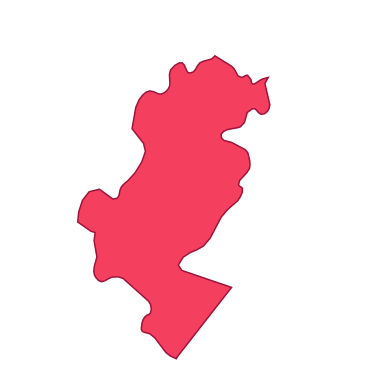 SVG path tracing the border of Pisa, rotated 223°
{"feature_id": "ITA-5381", "entity_name": "Pisa", "entity_type": "Province", "adm_level": 1, "iso_a3": "ITA", "parent_name": "Italy", "parent_adm1": "", "projection": "orthographic", "projection_center": [10.703, 43.467], "detail": "fine", "context": "isolated", "style": "filled", "palette": "rose", "viewbox_px": 384, "rotation_deg": 223, "n_neighbors": 0, "source": "natural_earth", "source_scale": "10m", "svg_char_len": 1800}
<svg xmlns="http://www.w3.org/2000/svg" viewBox="0 0 384 384"><g transform="rotate(223 192 192)"><path d="M98.0,149.2L90.4,61.9L89.8,59.3L96.1,57.3L101.5,56.8L119.9,60.0L126.3,59.5L131.1,56.9L133.3,56.2L135.7,57.2L139.2,62.1L140.6,64.9L141.3,68.2L140.9,71.3L140.0,73.3L139.9,75.4L142.2,78.8L145.5,81.4L149.3,82.5L183.3,81.8L188.0,79.7L192.3,75.4L193.9,71.9L195.1,67.9L196.9,64.7L200.1,63.5L203.9,63.9L207.0,64.9L209.8,67.1L212.7,70.9L217.3,79.7L230.4,89.6L235.2,96.3L239.1,94.4L255.1,92.1L261.4,100.4L266.4,111.1L267.4,122.0L261.6,130.9L245.0,132.9L242.5,136.4L242.8,138.9L243.7,140.8L246.0,144.4L247.1,147.5L247.3,150.6L246.6,157.2L246.8,167.5L249.2,179.7L253.8,190.0L260.6,194.5L279.0,197.4L290.9,215.7L293.6,223.5L294.2,228.9L293.7,233.6L291.8,237.2L288.2,239.3L283.4,240.9L281.4,242.6L280.0,245.5L279.5,248.4L279.7,251.2L280.4,253.7L281.8,255.9L288.6,262.5L290.9,266.6L290.9,272.8L289.4,277.8L287.2,279.8L284.3,279.6L277.7,276.8L276.1,276.8L274.6,277.7L272.9,280.8L273.2,284.6L274.1,288.4L274.3,292.0L272.8,295.6L268.3,302.8L268.1,307.2L248.8,311.0L245.2,310.8L237.5,308.3L234.1,309.5L233.2,310.9L232.0,314.2L230.9,315.3L225.6,314.4L223.0,312.6L222.1,312.3L220.8,312.7L220.0,313.7L218.4,320.4L217.4,322.9L214.4,327.8L212.7,321.1L194.6,308.9L192.7,306.0L191.8,302.4L192.3,298.8L194.5,295.9L197.0,295.4L202.5,295.9L204.6,294.1L205.8,287.8L201.1,278.7L201.1,272.8L202.0,270.8L208.5,262.1L210.2,257.9L210.1,254.1L207.0,251.5L203.7,251.6L197.0,255.2L181.9,259.3L178.0,258.8L171.4,254.5L168.0,251.3L165.9,248.2L165.1,243.4L165.0,232.8L162.9,229.1L161.6,228.7L158.7,229.2L157.4,228.9L155.1,226.2L153.5,221.9L152.6,217.1L154.0,203.5L153.5,193.6L147.2,170.4L146.8,160.4L149.0,153.1L152.0,146.5L154.0,138.3L152.2,129.2L145.9,127.7L98.0,149.2Z" fill="#f43f5e" stroke="#9f1239" stroke-width="1.5"/></g></svg>